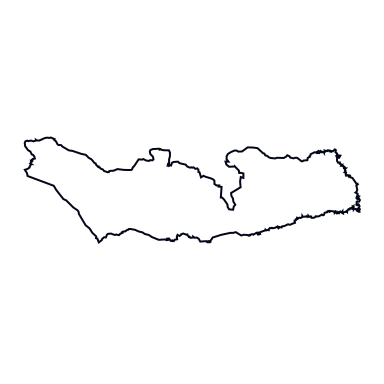 Songea, Ruvuma, United Republic of Tanzania, rotated 271°
{"feature_id": "72390352B68324313293973", "entity_name": "Songea", "entity_type": "district", "adm_level": 2, "iso_a3": "TZA", "parent_name": "United Republic of Tanzania", "parent_adm1": "Ruvuma", "projection": "natural_earth1", "projection_center": [35.48, -10.415], "detail": "fine", "context": "isolated", "style": "outline", "palette": "ink", "viewbox_px": 384, "rotation_deg": 271, "n_neighbors": 0, "source": "geoboundaries", "source_scale": "gbopen_adm2", "svg_char_len": 6090}
<svg xmlns="http://www.w3.org/2000/svg" viewBox="0 0 384 384"><g transform="rotate(271 192 192)"><path d="M191.7,56.2L182.7,63.5L181.4,66.4L174.4,73.7L171.7,77.9L170.1,79.0L168.1,79.3L156.9,86.2L153.8,90.2L149.4,93.1L146.2,96.7L145.4,97.1L144.2,96.8L143.7,98.2L140.0,99.7L142.4,102.7L143.4,102.9L145.2,104.9L145.1,106.7L147.8,107.7L148.7,108.7L149.0,111.7L147.7,115.5L148.1,117.0L147.6,119.8L148.9,120.9L149.4,122.1L150.3,122.4L150.0,123.3L151.2,123.7L151.5,126.1L152.6,127.2L153.1,128.9L153.8,129.2L154.0,130.7L153.2,135.7L151.7,139.1L150.7,143.4L149.2,145.5L148.3,149.5L146.3,152.6L143.6,159.6L144.1,165.7L143.4,167.6L143.6,168.6L144.9,168.0L145.1,169.9L142.8,171.5L142.6,173.4L143.2,173.4L142.7,174.7L144.0,175.6L144.5,178.0L147.2,177.6L148.9,178.3L147.8,180.2L149.0,181.9L149.6,182.0L150.3,183.9L149.3,187.0L149.5,188.1L148.4,188.4L147.3,190.2L146.8,189.9L146.2,191.5L146.5,193.9L147.4,193.9L146.3,195.5L146.5,197.6L145.4,199.5L142.6,201.1L143.1,207.6L142.1,208.1L142.0,210.5L142.4,211.2L143.2,210.5L143.2,211.1L146.9,213.6L149.7,222.0L151.8,231.0L151.9,234.1L152.6,236.5L149.4,242.0L150.2,244.7L149.9,248.3L149.3,249.6L150.0,250.0L149.8,251.0L150.5,251.3L150.9,253.6L150.4,254.1L152.4,257.3L152.6,258.7L152.3,259.4L151.6,258.0L150.6,258.7L150.7,259.5L151.2,260.8L152.6,260.2L153.0,260.8L154.9,265.9L155.7,266.1L154.9,267.0L155.4,268.4L155.2,269.4L156.1,269.4L157.4,270.6L157.1,271.4L157.6,272.5L157.2,273.0L157.4,274.6L157.8,276.1L159.0,277.9L157.2,279.0L157.9,279.9L158.6,279.9L158.1,282.2L159.2,282.6L159.6,285.0L161.4,288.6L160.9,290.5L162.2,293.2L162.5,294.6L162.0,294.8L162.7,294.8L163.3,296.3L163.3,295.1L165.3,295.1L165.6,296.3L166.2,296.9L166.6,296.7L166.8,297.9L167.5,297.8L167.4,297.3L168.1,297.5L167.7,298.3L168.2,300.0L167.9,300.9L168.7,302.6L170.0,302.7L169.2,303.2L169.4,306.1L169.8,306.9L169.0,307.7L169.4,308.4L170.4,308.6L169.2,309.5L169.7,310.8L169.6,311.4L169.0,311.2L168.3,312.0L168.3,314.1L169.2,315.8L169.9,316.1L169.7,317.8L170.1,319.7L171.7,322.2L171.0,323.4L171.3,324.2L173.6,325.0L174.1,327.4L175.1,327.7L175.4,328.9L174.9,328.9L174.5,329.9L175.4,330.6L175.1,334.1L174.6,334.4L175.0,335.3L173.5,335.2L174.7,337.0L173.2,337.4L173.6,338.2L173.3,339.4L174.1,339.8L174.5,339.1L175.1,340.6L174.5,341.5L173.6,341.3L175.2,342.6L173.7,342.5L173.3,343.3L174.3,343.1L174.8,346.3L175.5,346.7L174.7,347.5L175.8,347.6L177.6,348.8L177.3,349.9L178.6,350.5L178.2,351.8L178.7,351.6L179.2,352.7L180.4,352.8L180.0,353.5L180.4,353.8L177.5,354.0L178.1,354.4L177.9,355.7L176.7,357.4L176.2,357.2L175.1,359.2L175.2,359.8L176.4,359.4L177.7,360.1L178.4,358.5L178.7,359.1L179.1,358.9L180.5,359.8L182.2,359.1L182.6,358.5L181.6,357.4L182.1,356.6L185.2,356.9L185.4,359.4L186.9,360.0L188.4,359.1L187.6,357.8L188.5,356.7L188.9,356.5L189.8,357.7L189.7,356.9L190.3,356.9L191.1,358.3L191.7,357.4L193.2,357.6L194.3,355.5L195.2,356.5L197.0,357.2L201.5,356.2L202.6,357.7L203.2,357.3L203.5,356.0L208.8,352.2L209.5,350.1L211.1,349.8L211.3,348.8L210.3,348.4L211.6,347.4L211.0,345.8L212.3,345.3L213.9,345.7L214.4,344.2L215.7,345.2L216.4,344.6L217.6,344.6L218.3,345.3L218.3,343.5L218.8,343.4L218.9,344.6L219.2,344.6L220.6,342.8L220.7,341.7L221.7,341.9L221.2,340.6L222.0,340.8L222.8,340.0L222.8,339.3L224.1,339.2L223.8,337.6L225.6,336.5L227.7,336.4L228.4,336.9L229.9,336.0L229.8,336.6L228.9,337.3L228.8,338.5L230.4,339.4L230.1,338.2L231.0,338.6L230.9,337.3L231.7,336.9L231.2,336.3L230.6,336.5L230.8,336.2L233.0,336.4L234.1,334.8L236.4,335.1L237.1,334.1L235.2,332.1L235.4,330.6L234.7,330.5L235.0,329.1L235.8,329.1L236.1,327.2L235.3,326.9L235.6,325.0L235.2,325.4L234.6,324.5L234.6,323.1L233.7,323.2L234.5,322.6L234.1,321.7L235.0,320.1L234.2,320.0L234.7,319.0L234.0,319.2L233.4,318.7L233.9,318.3L233.2,318.0L233.1,316.5L234.5,316.6L233.6,315.2L233.9,314.0L231.9,310.0L230.2,309.6L229.8,308.9L229.2,309.1L228.1,307.1L225.8,306.8L225.4,302.9L224.6,302.0L224.7,300.9L228.0,296.6L228.0,294.4L227.4,293.0L228.1,289.7L229.3,289.0L230.4,286.6L229.0,285.5L227.6,283.1L227.7,276.2L227.0,274.6L227.4,270.0L228.0,268.3L229.5,266.4L229.9,264.6L231.6,263.8L232.0,262.4L237.0,256.7L237.5,252.4L237.6,246.9L233.4,241.3L233.2,237.6L234.2,235.8L234.2,233.8L232.6,230.2L230.6,227.2L228.3,226.0L225.4,226.0L223.0,227.9L223.0,225.0L220.1,225.9L217.9,228.6L218.2,233.9L218.6,234.1L214.2,238.5L211.9,238.8L212.0,240.8L211.4,243.1L207.0,243.1L207.8,240.5L203.4,239.9L197.6,240.5L191.7,231.1L189.0,231.4L186.1,233.1L183.2,233.5L180.0,235.5L178.4,234.1L175.0,233.4L175.3,229.4L177.7,227.9L180.0,227.7L185.0,224.2L187.0,222.1L187.0,220.9L197.6,221.5L197.9,218.6L199.0,219.0L199.0,216.4L200.4,214.3L203.7,214.2L204.8,213.2L205.9,210.9L207.5,205.1L208.4,203.2L206.8,200.8L211.9,199.1L212.2,198.1L214.4,198.0L215.7,196.9L215.2,194.9L216.7,193.1L216.3,191.8L216.7,190.8L216.3,189.8L216.7,188.4L217.4,186.8L219.2,185.3L220.6,179.0L222.1,177.4L221.7,173.1L220.8,171.4L218.2,170.7L218.4,170.0L217.8,168.8L218.8,168.7L218.0,168.2L217.9,167.2L219.9,167.6L220.9,168.6L224.0,168.5L227.2,169.3L230.8,169.3L233.2,168.3L233.3,162.4L234.0,160.2L233.8,159.1L234.5,159.2L234.7,158.3L234.2,151.8L233.1,149.6L231.7,149.1L229.1,149.7L226.9,152.1L225.2,152.7L224.0,152.9L223.0,152.0L223.1,149.6L222.3,148.4L222.8,145.2L224.1,142.8L223.5,141.5L223.7,138.1L216.7,133.6L215.5,132.3L213.7,131.8L212.9,130.6L212.9,123.8L213.6,117.0L211.9,113.2L211.7,109.8L211.3,108.7L210.4,108.5L210.3,107.3L211.5,103.7L213.0,102.4L213.8,100.2L214.9,99.4L215.2,98.0L215.9,98.1L216.1,97.2L217.2,95.9L218.9,95.1L219.2,94.1L222.9,90.9L224.4,88.1L227.3,85.2L228.2,80.6L231.0,71.8L231.5,68.1L235.2,61.6L236.6,60.3L236.7,57.7L237.3,56.7L240.3,55.1L241.9,53.1L242.5,53.6L243.6,51.0L244.0,49.7L243.6,48.9L243.8,46.0L243.3,43.7L240.8,38.5L240.8,36.1L241.5,35.0L240.7,35.1L239.9,32.5L240.6,30.1L240.0,27.4L240.5,26.4L239.7,24.5L238.2,23.9L234.8,24.4L230.9,27.4L229.6,29.7L226.8,31.1L226.2,32.6L224.7,33.7L222.7,34.3L222.2,32.3L221.1,32.0L221.2,31.5L220.4,31.6L220.5,30.5L219.3,31.0L219.0,30.3L217.5,30.2L217.1,30.8L217.1,30.0L216.5,30.4L214.0,28.9L213.6,29.1L212.2,27.2L211.3,24.5L208.1,26.6L205.1,27.4L195.8,53.7L191.7,56.2Z" fill="none" stroke="#020617" stroke-width="2"/></g></svg>